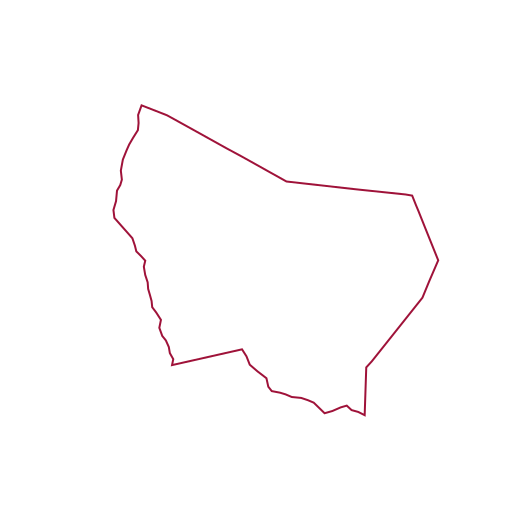 outline of Sairé, Pernambuco, Brazil, rotated 304°
{"feature_id": "56859067B69181665833953", "entity_name": "Sairé", "entity_type": "district", "adm_level": 2, "iso_a3": "BRA", "parent_name": "Brazil", "parent_adm1": "Pernambuco", "projection": "orthographic", "projection_center": [-35.7, -8.295], "detail": "fine", "context": "isolated", "style": "outline", "palette": "rose", "viewbox_px": 512, "rotation_deg": 304, "n_neighbors": 0, "source": "geoboundaries", "source_scale": "gbopen_adm2", "svg_char_len": 1069}
<svg xmlns="http://www.w3.org/2000/svg" viewBox="0 0 512 512"><g transform="rotate(304 256 256)"><path d="M354.3,409.5L374.0,380.4L384.2,365.4L387.6,360.2L393.4,351.7L390.6,345.5L368.8,304.6L366.1,299.5L334.8,239.6L333.2,220.6L330.5,188.5L328.8,171.4L324.8,124.9L322.9,103.6L316.9,76.9L307.0,79.4L300.6,84.3L294.3,87.7L285.2,88.0L277.6,88.5L271.3,89.6L261.5,91.7L251.2,96.2L244.3,102.1L238.9,103.8L232.5,104.2L223.2,109.3L214.4,112.1L208.4,117.3L201.6,143.6L196.8,149.9L192.9,154.2L191.7,160.6L190.2,166.8L184.4,169.0L178.4,174.7L173.6,180.9L168.4,185.0L164.5,189.7L160.3,194.6L155.5,198.6L153.3,205.0L149.9,212.9L142.4,216.0L137.3,223.0L135.6,228.5L131.8,234.6L127.3,238.9L124.2,245.1L118.6,247.4L170.8,296.6L167.5,304.2L162.4,311.6L161.2,321.7L160.5,333.0L154.5,339.3L152.8,344.6L156.1,352.3L157.8,357.8L159.1,364.5L163.6,372.8L165.5,379.7L166.7,385.9L165.4,393.1L164.0,400.8L170.2,406.0L177.9,410.9L182.7,414.9L181.7,421.4L183.9,428.0L184.8,435.1L225.3,409.7L233.4,410.9L314.5,417.3L332.0,413.7L354.3,409.5Z" fill="none" stroke="#9f1239" stroke-width="2"/></g></svg>